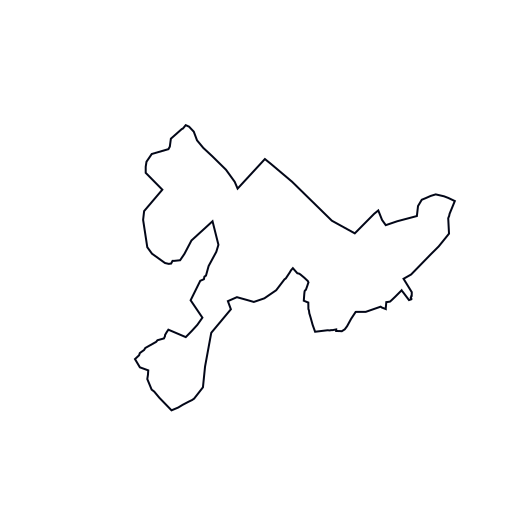 outline of Tambuwal, Sokoto, Nigeria, rotated 221°
{"feature_id": "59680162B21010588258079", "entity_name": "Tambuwal", "entity_type": "district", "adm_level": 2, "iso_a3": "NGA", "parent_name": "Nigeria", "parent_adm1": "Sokoto", "projection": "albers", "projection_center": [4.75, 12.395], "detail": "fine", "context": "isolated", "style": "outline", "palette": "ink", "viewbox_px": 512, "rotation_deg": 221, "n_neighbors": 0, "source": "geoboundaries", "source_scale": "gbopen_adm2", "svg_char_len": 2543}
<svg xmlns="http://www.w3.org/2000/svg" viewBox="0 0 512 512"><g transform="rotate(221 256 256)"><path d="M394.9,308.6L394.8,306.0L394.8,304.1L395.3,303.1L397.2,288.7L392.8,282.0L392.2,279.2L401.6,264.6L400.5,255.3L397.8,251.0L393.8,246.4L370.2,244.6L369.9,216.5L364.9,209.2L343.8,191.3L336.0,189.5L320.1,191.0L316.7,192.8L315.1,194.6L315.8,197.6L314.5,198.7L310.5,203.0L311.4,210.6L314.9,225.4L311.6,253.7L291.7,239.8L288.7,233.1L285.2,217.4L280.9,208.4L281.4,206.6L280.1,204.3L281.8,200.7L276.3,179.7L256.0,174.3L255.1,165.5L255.3,157.2L255.8,148.7L273.8,142.9L273.4,139.7L272.8,136.7L272.1,135.8L271.4,133.4L275.1,127.8L275.1,127.1L275.0,125.8L279.2,114.0L278.8,111.6L279.3,109.6L280.0,106.5L279.1,104.4L279.7,98.8L270.6,95.8L262.3,99.0L259.7,95.6L257.3,91.8L247.1,86.7L243.9,86.9L235.9,85.6L218.5,84.1L215.3,90.6L213.7,95.6L211.2,102.0L209.7,105.5L209.2,107.7L209.1,107.8L209.2,108.8L209.4,113.0L209.9,122.1L221.9,139.1L238.8,167.7L239.4,168.8L239.5,174.4L240.0,199.3L247.6,203.5L243.4,212.4L233.3,217.2L227.5,219.9L222.4,228.7L221.9,229.6L220.3,235.8L218.3,243.4L219.2,257.1L218.8,258.6L219.7,265.4L220.2,268.2L220.2,271.0L213.5,270.1L211.8,271.0L210.2,271.2L205.2,271.3L200.4,271.1L200.1,270.9L199.1,270.5L198.3,268.5L197.9,267.6L196.2,263.3L196.3,262.3L196.4,262.1L196.2,261.3L195.4,260.1L194.7,259.1L190.6,253.6L187.6,254.6L186.0,255.2L181.6,250.3L180.9,250.0L179.9,249.3L178.6,248.1L178.0,247.6L177.0,247.0L176.3,246.6L175.9,246.3L175.1,245.8L174.3,245.3L173.1,244.5L168.1,241.2L161.7,237.6L153.3,246.9L151.4,248.3L151.2,248.7L150.7,249.3L149.5,250.4L147.3,253.2L146.3,252.0L145.7,252.5L143.5,254.3L141.9,255.5L140.9,258.9L141.2,262.8L143.0,271.0L144.1,279.2L136.5,285.9L128.7,299.5L127.1,299.7L123.3,301.1L123.6,301.4L124.9,303.2L127.4,306.7L127.0,307.1L125.0,309.4L124.9,309.7L124.6,312.4L124.2,316.7L123.6,325.6L123.4,325.5L121.0,325.1L111.6,323.1L110.4,325.2L110.4,325.5L110.5,325.6L110.8,325.7L111.2,325.8L111.4,325.7L111.7,325.9L111.9,326.1L111.9,326.3L111.8,326.5L112.0,326.8L112.4,327.3L112.2,327.5L112.2,327.9L114.7,330.9L129.7,335.6L126.8,343.8L125.2,372.1L124.4,383.0L125.0,399.5L135.7,410.6L136.1,411.7L136.5,412.9L137.6,414.9L142.0,427.9L148.9,426.0L153.3,424.4L160.8,420.4L163.6,415.9L165.8,411.2L167.8,407.2L166.5,400.0L160.8,391.7L172.2,374.9L178.3,364.4L184.5,365.9L193.6,370.6L194.5,365.4L196.3,337.9L221.9,332.4L277.4,335.7L305.0,335.3L312.9,335.0L314.1,294.8L320.7,298.0L335.2,301.4L354.5,302.6L366.7,303.0L376.4,304.6L384.5,309.0L391.4,309.7L394.9,308.6Z" fill="none" stroke="#020617" stroke-width="2"/></g></svg>